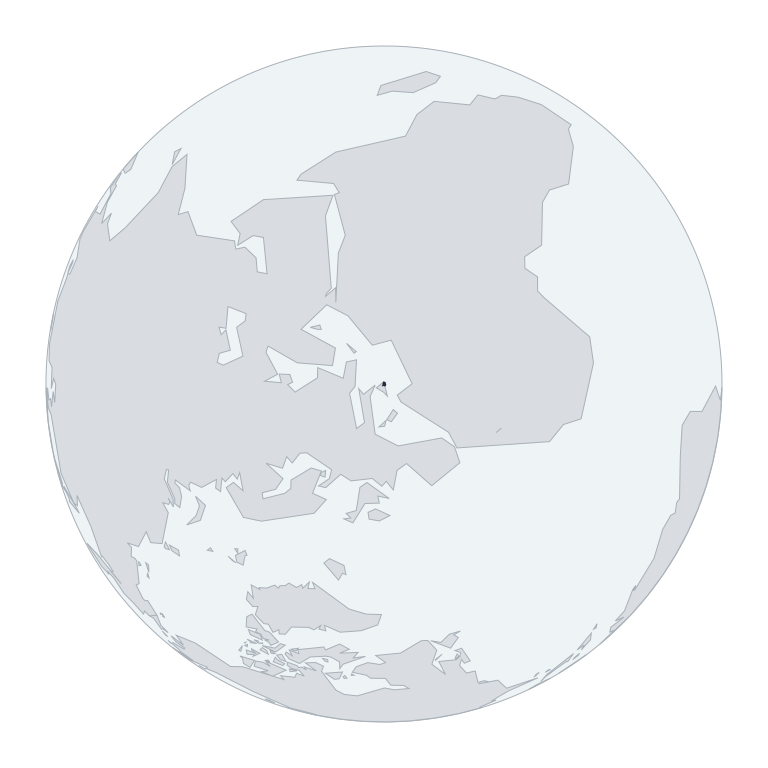 Ragusa on an orthographic globe, rotated 219°
{"feature_id": "ITA-5415", "entity_name": "Ragusa", "entity_type": "Province", "adm_level": 1, "iso_a3": "ITA", "parent_name": "Italy", "parent_adm1": "", "projection": "orthographic", "projection_center": [14.765, 36.912], "detail": "fine", "context": "on_globe", "style": "filled", "palette": "slate", "viewbox_px": 768, "rotation_deg": 219, "n_neighbors": 0, "source": "natural_earth", "source_scale": "10m", "svg_char_len": 10993}
<svg xmlns="http://www.w3.org/2000/svg" viewBox="0 0 768 768"><g transform="rotate(219 384 384)"><circle cx="384" cy="384" r="338" fill="#eef3f6" stroke="#a8b0b8"/><path d="M229.1,83.7L237.5,79.8L228.1,84.5L234.5,81.8L246.7,76.1L253.2,73.2L291.7,62.8L332.9,54.1L343.5,50.9L343.0,52.7L361.6,47.3L382.5,46.2L360.3,48.0L359.1,48.9L374.0,47.9L376.0,48.6L384.3,48.9L385.4,50.2L372.4,52.2L372.8,53.4L383.3,52.7L391.0,54.3L375.5,54.9L387.3,58.0L367.7,63.9L325.5,67.9L315.9,75.3L275.8,91.3L280.8,92.2L268.7,100.0L269.9,104.2L262.1,106.8L269.9,108.0L276.7,104.9L282.4,104.6L283.8,107.1L274.1,110.5L272.0,109.8L269.8,112.2L264.4,113.0L267.9,114.0L256.0,118.4L269.6,117.8L261.7,124.6L253.3,126.6L251.8,121.4L228.6,115.8L219.6,117.7L208.5,124.8L192.3,148.1L183.4,152.9L173.0,163.0L178.9,162.2L189.2,154.2L197.7,156.1L209.3,146.9L214.4,146.6L227.2,140.0L227.7,146.7L221.3,157.2L210.7,163.4L207.5,168.5L219.6,167.8L201.8,185.3L193.5,207.9L188.6,212.3L175.5,210.3L170.4,196.3L153.4,197.0L166.8,202.8L154.4,215.1L153.4,220.1L155.5,223.5L161.1,221.5L157.4,227.5L142.7,223.1L145.9,217.6L150.5,218.8L148.0,212.7L138.0,211.3L132.5,218.4L123.3,211.3L119.2,216.7L114.9,218.6L122.0,210.4L109.1,225.5L97.3,224.7L79.5,252.5L94.4,223.2L98.1,213.4L101.0,204.7L97.9,209.0L105.9,193.8L106.1,191.8L104.5,194.0L118.7,174.7L134.3,156.4L151.1,139.2L169.0,123.3L188.1,108.7L208.1,95.5L229.1,83.7ZM77.9,240.9L79.3,238.0L76.3,246.1L69.6,260.1L77.9,240.9ZM66.1,269.4L61.3,285.0L56.2,301.8L66.1,269.4ZM52.6,317.7L51.8,323.8L50.0,337.8L52.4,333.2L54.6,337.8L50.9,353.8L55.1,345.4L54.3,359.0L61.0,379.8L59.5,381.8L64.5,418.6L75.9,446.3L78.5,462.4L76.6,467.2L81.9,476.0L82.1,480.8L108.4,514.5L126.3,539.6L128.7,555.4L119.6,562.8L125.0,591.0L112.3,583.0L118.3,592.7L119.2,593.9L104.4,573.7L91.1,552.6L79.5,530.4L69.5,507.5L61.2,483.9L54.7,459.8L50.0,435.2L47.1,410.4L46.1,385.4L46.9,360.4L47.0,359.2L50.1,334.6L51.1,326.9L50.4,330.0L52.6,317.7ZM74.6,260.5L67.1,293.8L66.5,283.8L67.5,283.6L70.4,273.1L74.2,258.6L75.0,251.4L74.6,260.5ZM82.1,254.9L83.0,250.4L82.8,253.7L82.1,254.9ZM255.8,72.0L246.7,76.1L235.0,81.3L242.3,77.6L255.8,72.0ZM278.4,64.3L274.7,65.9L268.0,67.5L272.2,66.0L278.4,64.3ZM350.7,48.9L343.0,50.0L349.8,48.8L350.7,48.9ZM385.3,48.8L386.8,48.4L390.5,48.8L385.3,48.8ZM226.1,136.9L226.6,138.4L223.9,138.8L226.1,136.9ZM231.1,132.8L227.7,132.2L229.5,130.2L231.6,130.6L231.1,132.8ZM395.5,51.4L400.9,52.5L393.1,51.6L395.5,51.4ZM235.0,134.1L233.3,126.7L236.7,123.3L247.5,122.3L235.0,134.1ZM402.6,53.4L415.8,57.0L420.4,56.2L414.9,61.4L405.5,56.1L395.2,54.9L401.8,54.6L402.6,53.4ZM278.3,103.0L271.1,106.3L275.9,101.4L278.3,103.0ZM280.0,100.0L286.7,86.8L298.1,83.5L293.5,88.3L307.3,83.0L309.6,87.8L302.6,91.8L294.7,92.8L301.6,94.0L280.0,100.0ZM409.7,64.1L411.0,65.6L407.2,64.5L409.7,64.1ZM285.1,104.1L285.4,101.5L295.3,98.4L296.5,103.2L292.9,102.6L285.1,104.1ZM309.8,79.4L317.4,78.4L321.3,81.9L324.8,82.0L310.7,87.7L309.8,79.4ZM291.3,104.6L296.8,105.8L293.4,109.6L285.4,106.6L291.3,104.6ZM297.4,95.7L302.2,94.6L299.9,96.7L297.4,95.7ZM284.2,124.8L284.4,121.1L289.6,119.1L284.2,124.8ZM299.1,106.0L300.2,104.7L302.3,103.7L305.1,105.4L299.1,106.0ZM314.4,90.0L314.5,91.9L320.4,87.8L323.6,90.7L313.6,94.1L319.3,93.9L320.3,94.8L311.0,96.6L314.4,90.0ZM314.1,104.0L302.5,110.1L301.1,117.0L296.4,118.9L299.6,107.5L314.1,104.0ZM313.1,99.4L312.7,102.6L307.1,103.0L303.9,101.2L313.1,99.4ZM329.4,91.6L327.1,86.2L329.3,85.7L329.4,91.6ZM314.8,105.9L317.6,104.4L315.4,106.3L314.8,105.9ZM326.2,95.7L325.0,93.8L327.7,93.3L326.2,95.7ZM324.1,103.3L320.4,105.2L318.1,103.8L324.1,103.3ZM326.0,99.8L329.8,99.5L319.6,102.2L325.0,98.9L326.0,99.8ZM328.8,95.6L330.0,94.6L328.9,96.5L328.8,95.6ZM334.9,107.8L322.5,111.6L317.5,108.4L330.2,105.1L334.9,107.8ZM234.4,532.1L208.9,481.0L219.0,465.5L219.1,443.4L287.1,380.2L303.5,387.1L359.4,380.7L366.7,383.7L362.3,401.9L406.0,422.6L417.5,406.8L454.9,414.3L478.4,409.5L482.9,374.3L444.4,381.4L435.6,365.9L464.7,345.9L498.0,340.5L495.6,334.3L472.8,324.7L478.6,311.0L464.6,320.4L471.7,325.8L463.1,332.2L456.2,327.8L458.5,322.9L448.0,321.8L439.6,346.9L445.8,355.0L419.3,362.8L427.1,377.5L420.6,385.5L404.9,363.8L405.0,355.2L377.3,332.1L374.8,341.7L400.7,364.5L393.4,363.1L390.2,377.6L386.9,365.5L359.3,339.4L334.1,344.7L305.2,378.4L289.8,379.6L275.5,370.6L282.9,335.0L316.4,336.4L319.5,325.1L310.1,307.5L321.0,309.8L321.3,303.2L333.7,303.2L348.6,288.0L360.8,286.6L364.1,266.7L370.8,263.6L366.9,276.0L370.8,284.4L400.8,281.9L405.8,277.3L405.6,264.9L413.9,266.3L409.8,254.7L425.8,248.2L402.9,246.9L402.0,233.8L410.2,222.9L405.8,218.6L392.3,236.6L390.7,244.2L395.8,250.8L387.7,272.9L377.9,277.0L370.8,254.1L356.1,257.9L357.0,239.5L393.0,200.2L409.3,191.9L441.4,204.2L439.1,212.8L426.3,212.3L440.4,224.3L438.2,217.7L445.0,219.3L445.9,208.2L450.8,208.9L443.3,197.5L449.4,197.2L454.1,204.4L460.6,188.9L472.7,185.9L471.8,182.2L467.4,179.1L485.7,178.1L484.2,175.5L477.7,174.7L470.5,169.2L464.9,159.4L471.5,159.5L474.4,163.1L490.5,171.3L497.2,181.5L499.3,180.7L495.1,172.0L475.5,161.8L470.3,155.9L480.0,159.5L476.1,157.7L475.6,154.9L481.2,152.5L470.7,148.2L456.0,120.3L465.5,113.9L475.8,119.6L472.5,103.1L483.5,99.0L477.4,98.1L471.8,90.7L468.2,91.8L464.9,90.9L448.7,74.8L450.1,71.8L436.3,65.5L433.1,65.3L431.4,67.0L414.9,61.4L420.4,56.2L427.2,56.8L426.1,53.9L441.7,56.3L454.1,57.6L471.9,63.2L480.2,64.4L478.8,63.2L488.9,64.7L514.8,73.3L500.2,71.4L462.6,63.5L478.5,66.6L476.7,67.8L483.6,70.3L494.6,72.9L494.8,72.0L522.0,88.8L552.4,104.2L545.7,96.5L550.1,96.3L578.8,111.4L623.5,150.8L629.9,154.3L636.0,160.3L643.1,169.4L634.4,160.7L633.9,162.8L628.0,157.0L636.4,170.0L628.2,162.4L638.9,177.1L644.1,180.3L639.7,171.0L652.4,188.0L658.8,191.2L668.9,204.2L689.7,243.3L696.9,265.6L699.3,271.3L697.3,271.7L702.0,289.0L711.6,305.5L713.9,314.0L718.1,342.2L716.9,336.4L711.6,337.4L716.0,360.0L720.2,364.3L721.8,379.8L720.9,382.9L718.7,370.0L716.7,369.9L713.4,351.2L704.4,331.0L703.3,345.2L699.7,334.5L687.2,322.7L683.4,342.7L679.9,390.7L685.5,419.5L681.6,438.5L661.8,410.7L650.5,386.1L644.8,394.6L623.2,381.8L590.2,401.2L584.1,395.5L578.2,402.8L562.8,401.5L553.1,391.4L544.3,396.1L569.9,422.0L579.1,417.0L585.0,399.8L590.5,410.4L605.2,414.1L593.7,451.4L542.4,498.6L535.3,477.8L485.3,425.3L485.7,417.6L485.3,416.8L484.6,415.4L482.2,428.4L472.9,417.2L501.9,457.1L507.7,475.2L541.8,500.1L539.1,504.6L549.4,508.1L579.9,487.6L580.5,494.9L567.4,533.9L523.3,590.2L528.0,614.1L522.9,635.2L492.9,654.9L493.0,667.7L477.1,675.4L474.4,682.3L460.3,691.3L437.6,700.1L401.6,703.3L401.3,698.3L386.3,687.7L366.4,655.6L377.5,638.8L375.1,624.8L348.9,591.1L354.8,571.4L347.3,562.6L332.1,563.9L323.1,552.9L313.7,551.8L253.8,550.1L234.4,532.1ZM266.3,416.8L265.0,423.5L266.3,416.8ZM535.4,351.9L554.0,346.0L541.8,327.9L548.0,324.4L541.6,319.8L540.9,326.6L524.7,313.5L531.3,304.2L527.2,295.8L520.7,297.5L511.2,316.9L534.2,335.3L531.6,345.6L535.4,351.9ZM61.3,380.3L61.6,385.9L60.2,382.6L61.3,380.3ZM63.9,288.5L63.5,293.1L62.5,297.8L62.3,295.2L63.9,288.5ZM66.8,325.4L67.6,331.8L65.7,327.8L66.8,325.4ZM66.5,298.8L66.1,320.9L62.6,315.2L63.3,301.6L64.3,307.2L66.5,298.8ZM77.2,261.4L76.4,265.2L74.9,267.1L77.2,261.4ZM82.0,257.5L81.9,256.6L83.3,253.1L82.0,257.5ZM155.3,215.3L156.3,215.8L157.3,220.2L154.6,219.9L155.3,215.3ZM175.7,230.7L169.2,240.1L171.9,232.9L166.7,233.8L166.0,220.6L186.1,213.9L177.1,219.0L175.7,230.7ZM170.6,202.2L168.8,210.6L170.0,201.7L170.6,202.2ZM310.6,269.6L315.6,274.2L312.0,281.6L296.6,285.5L301.5,274.6L310.6,269.6ZM323.6,279.1L320.8,256.5L330.3,253.9L325.5,259.0L332.0,259.6L325.9,268.2L337.7,288.6L335.3,296.7L308.0,298.3L318.3,293.0L312.7,288.5L323.6,279.1ZM297.1,210.8L296.0,203.0L318.0,207.0L316.5,214.0L300.9,217.8L293.6,211.9L297.1,210.8ZM254.4,134.5L252.6,132.7L255.2,131.5L259.0,132.1L254.4,134.5ZM283.9,123.2L265.2,141.8L262.1,140.5L254.8,154.0L244.0,156.0L249.1,146.9L235.2,159.1L235.5,151.8L227.0,160.6L239.5,140.4L239.2,134.9L243.7,140.1L253.6,138.3L257.9,135.9L269.6,125.4L273.8,113.6L284.4,110.7L290.8,111.8L291.4,114.1L284.3,115.1L290.2,117.6L280.4,120.9L283.9,123.2ZM359.1,136.9L350.6,135.2L360.8,144.3L351.1,146.2L352.9,147.2L346.7,151.6L342.3,159.0L337.6,158.9L337.9,161.9L333.8,165.2L332.7,169.4L323.8,170.9L321.7,176.3L318.7,174.1L317.4,183.1L314.4,177.2L308.8,181.5L314.7,184.9L269.6,187.1L253.1,193.9L240.9,203.2L237.3,192.8L246.4,178.0L261.9,163.5L278.4,159.0L273.8,155.6L280.3,152.6L281.2,156.5L283.7,148.8L289.3,147.5L303.0,136.9L303.2,127.5L308.2,123.8L311.0,126.9L314.0,121.1L322.7,124.6L326.5,122.2L338.8,123.7L341.9,131.7L345.9,128.5L355.4,130.0L359.1,136.9ZM338.3,108.5L344.2,116.7L341.8,122.1L321.4,117.4L316.8,119.1L303.6,117.1L307.4,109.6L310.8,110.8L315.0,110.2L312.1,112.8L317.6,110.3L322.4,112.0L328.0,110.7L328.4,113.7L338.3,108.5ZM373.8,376.7L379.2,377.4L387.5,376.2L385.6,385.7L373.8,376.7ZM354.6,359.2L359.4,358.0L360.7,370.0L355.1,369.7L354.6,359.2ZM360.9,347.5L359.5,357.0L356.9,351.6L360.9,347.5ZM371.2,274.5L376.1,272.8L377.1,275.6L374.9,280.1L371.2,274.5ZM387.2,167.2L382.7,164.7L383.9,163.1L379.4,154.6L386.3,152.9L391.6,157.4L387.2,167.2ZM477.0,381.6L471.0,389.4L467.1,387.0L470.0,384.7L477.0,381.6ZM426.6,389.1L438.7,392.0L426.0,391.7L426.6,389.1ZM393.9,164.0L391.2,160.6L396.3,161.9L393.9,164.0ZM391.0,151.4L396.8,152.1L386.6,151.8L391.0,151.4ZM574.3,614.0L547.9,653.4L533.8,658.6L533.4,650.8L544.7,628.8L561.8,616.9L570.9,604.1L574.3,614.0ZM721.0,408.9L720.9,409.1L715.8,391.4L717.8,384.9L721.9,386.8L721.8,392.1L721.8,392.4L721.0,408.9ZM686.7,421.2L692.8,432.7L690.0,439.3L686.7,421.2ZM702.6,278.8L703.7,285.2L702.1,281.5L699.6,271.3L702.6,278.8ZM676.6,215.7L682.8,226.5L685.3,231.1L682.7,226.8L676.6,215.7ZM448.6,150.4L447.2,163.6L450.7,173.1L459.8,178.2L446.3,177.3L440.9,162.4L448.6,150.4ZM454.4,123.7L446.4,120.2L450.1,118.6L452.5,119.2L454.4,123.7ZM449.4,123.8L439.1,125.6L434.8,121.7L443.8,121.0L449.4,123.8ZM416.7,143.6L415.8,147.5L411.7,146.2L416.7,143.6ZM634.5,157.2L630.8,153.3L626.5,148.7L630.2,152.6L634.5,157.2ZM621.1,143.2L624.1,146.3L635.7,158.9L635.6,158.5L644.4,168.7L640.7,164.9L627.4,150.1L619.9,142.1L612.0,134.8L602.4,126.2L594.0,119.6L587.6,114.6L592.9,118.4L595.2,120.2L621.1,143.2ZM590.6,117.2L572.5,105.2L567.5,100.7L570.3,102.3L580.8,109.5L582.8,111.4L590.6,117.2ZM566.6,101.2L568.4,103.1L545.5,94.5L539.4,91.8L554.2,94.7L556.6,96.9L563.2,100.2L566.6,101.2ZM414.2,65.2L411.3,65.5L412.3,64.4L414.2,65.2ZM463.1,91.7L458.7,90.3L460.0,88.6L463.1,91.7ZM447.3,85.6L448.9,88.5L444.5,85.4L447.3,85.6ZM453.0,95.2L448.2,89.6L456.7,95.2L453.0,95.2Z" fill="#d9dde1" stroke="#a8b0b8" stroke-width="1"/><path d="M385.1,385.2L385.1,385.3L384.9,385.3L384.7,385.1L384.4,385.1L384.1,385.3L384.1,385.2L383.9,385.1L383.6,385.1L383.5,384.9L383.2,384.8L382.7,384.7L382.3,383.8L382.1,383.6L382.5,383.2L382.8,383.1L383.0,383.1L383.4,383.0L383.7,382.8L383.8,382.7L383.8,382.8L384.0,382.9L384.0,382.7L384.1,382.8L384.2,383.0L384.3,383.1L384.4,383.3L384.6,383.5L384.7,383.8L384.4,383.6L384.4,383.8L384.4,384.0L384.6,384.1L384.8,384.2L384.8,384.3L384.7,384.4L384.4,384.3L384.4,384.5L384.5,384.5L385.0,384.7L385.0,384.8L385.1,385.2Z" fill="#64748b" stroke="#1e293b" stroke-width="1.5"/></g></svg>